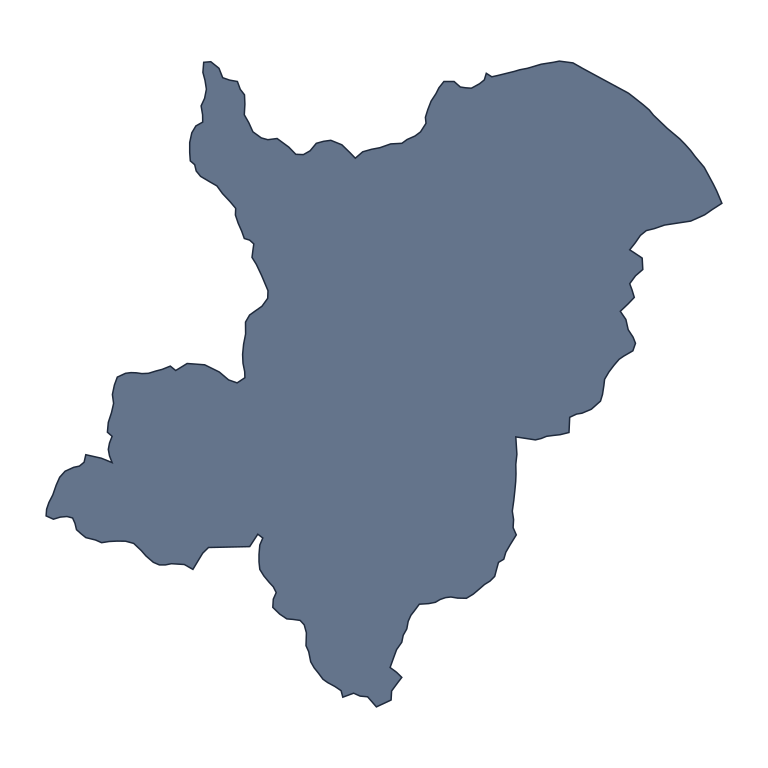 São Manuel, São Paulo, Brazil
{"feature_id": "56859067B98570354886966", "entity_name": "São Manuel", "entity_type": "district", "adm_level": 2, "iso_a3": "BRA", "parent_name": "Brazil", "parent_adm1": "São Paulo", "projection": "mercator", "projection_center": [-48.563, -22.699], "detail": "fine", "context": "isolated", "style": "filled", "palette": "slate", "viewbox_px": 768, "rotation_deg": 0, "n_neighbors": 0, "source": "geoboundaries", "source_scale": "gbopen_adm2", "svg_char_len": 3654}
<svg xmlns="http://www.w3.org/2000/svg" viewBox="0 0 768 768"><path d="M117.3,377.1L114.4,385.0L112.4,394.5L113.6,403.4L111.5,412.6L108.3,422.4L107.4,432.2L112.1,436.3L109.5,443.0L108.3,449.4L109.5,455.9L112.1,462.6L101.3,458.2L85.8,454.7L84.1,462.2L79.4,466.1L73.7,467.3L65.1,471.2L59.7,477.2L56.2,485.1L52.8,494.9L48.9,502.5L46.6,509.2L46.1,515.9L53.4,519.2L60.3,517.1L67.0,516.5L72.6,518.0L75.0,523.4L76.5,529.7L81.1,533.8L85.8,537.6L95.5,540.0L101.6,542.7L109.1,541.5L117.0,541.1L125.5,541.2L133.7,543.4L141.3,550.6L146.0,556.0L153.3,562.3L159.3,564.9L165.5,564.9L171.4,563.7L184.3,564.5L192.9,569.4L199.4,558.6L202.7,553.2L208.5,547.5L249.7,546.6L257.8,534.2L262.8,538.0L259.8,545.0L259.0,554.5L259.0,561.8L259.8,569.4L263.9,576.0L269.2,582.4L273.3,586.8L276.2,592.6L273.3,599.1L272.8,607.4L279.7,614.1L286.8,618.9L292.9,619.4L300.1,620.4L304.2,624.8L306.4,632.8L306.0,645.7L308.7,651.7L310.7,661.8L314.2,667.9L318.3,673.0L323.0,679.3L327.7,682.6L334.9,686.5L341.1,690.7L342.8,697.2L353.6,693.2L360.1,696.1L367.6,696.8L376.4,706.9L391.1,700.0L391.6,691.0L397.8,682.6L401.8,677.4L396.6,672.3L390.1,667.5L393.7,657.5L396.6,649.6L401.8,642.2L403.2,635.3L406.8,628.9L408.2,621.3L410.9,615.3L414.4,610.8L419.3,604.2L428.7,603.6L435.4,602.3L440.1,599.5L445.6,597.6L450.9,597.0L457.6,598.1L466.4,598.3L473.3,594.1L479.8,588.6L484.5,584.5L490.0,581.1L494.7,576.4L496.8,568.5L498.5,562.4L503.8,559.2L505.8,552.3L510.2,544.7L516.3,534.9L513.1,527.6L513.6,519.6L512.3,511.1L513.8,500.4L514.9,490.2L515.7,481.6L516.0,473.9L515.8,464.4L516.9,454.3L516.3,444.9L515.8,436.9L535.4,439.9L541.2,438.5L546.6,436.3L553.7,435.4L560.1,434.7L569.0,432.5L569.7,417.3L576.5,414.1L582.0,413.2L591.4,409.2L600.5,401.1L602.5,394.5L603.9,385.4L604.6,379.3L608.9,372.0L613.9,365.4L619.1,359.3L623.6,356.2L632.9,350.8L635.5,343.3L633.1,337.2L628.2,329.7L625.9,319.5L620.3,311.3L628.1,303.9L634.3,297.4L632.0,289.8L629.7,283.7L635.5,275.8L642.8,269.5L642.2,258.1L636.4,254.2L629.7,249.8L635.2,242.9L640.4,235.4L646.3,230.6L654.4,228.6L664.4,225.1L680.1,222.7L690.7,221.1L704.7,214.8L712.0,209.7L721.9,203.3L716.7,191.0L713.3,184.1L704.2,167.3L695.2,156.6L690.7,150.6L684.9,144.1L679.7,138.8L667.3,128.4L653.4,115.1L649.3,110.0L643.4,104.9L634.3,97.7L628.5,93.2L582.3,68.2L573.0,62.9L559.3,61.1L553.4,62.3L541.2,64.2L527.4,68.3L519.6,69.8L514.3,71.4L497.7,75.5L491.8,76.8L486.3,73.3L484.3,79.9L479.6,83.7L471.4,88.2L465.7,87.8L460.3,87.0L454.1,81.5L443.9,81.5L438.9,87.8L436.0,93.6L431.1,101.1L427.8,109.6L425.4,117.3L426.0,123.3L420.5,131.9L415.0,136.0L407.1,139.5L401.9,143.3L390.7,143.9L379.9,147.7L371.5,149.3L362.7,151.8L355.3,158.2L350.1,152.8L341.9,144.8L330.8,140.3L323.6,141.3L316.3,143.3L310.1,150.8L303.4,154.6L295.8,154.3L288.8,147.1L277.1,138.5L267.8,139.7L261.3,137.9L252.9,131.8L248.8,122.7L244.3,114.8L244.9,104.1L244.5,94.8L240.3,89.4L237.4,81.5L229.6,80.1L222.7,77.7L219.0,68.3L210.8,61.7L203.7,62.3L202.9,72.4L205.0,80.3L206.4,89.2L204.6,98.3L201.1,105.9L202.6,114.8L202.7,122.1L195.9,125.9L191.8,132.8L189.7,142.5L189.7,152.4L190.3,160.9L194.7,164.7L196.2,171.0L200.6,176.4L209.9,181.9L216.9,185.9L222.5,193.6L230.1,201.7L235.7,208.4L235.4,215.0L238.2,223.3L241.7,231.2L244.3,238.5L249.6,240.1L253.8,243.9L252.9,250.4L252.0,257.4L256.4,264.5L261.6,275.5L268.0,290.7L267.7,298.3L262.0,306.2L254.9,311.2L249.6,315.0L245.5,322.1L245.6,334.0L243.6,344.2L242.6,354.4L243.0,363.3L244.7,371.7L244.9,377.7L237.1,382.9L228.6,379.9L219.3,372.0L204.7,364.8L195.6,364.1L187.1,363.5L182.1,366.6L175.7,370.5L170.3,366.1L162.1,369.4L155.9,371.0L148.5,373.3L141.9,373.6L136.3,372.8L131.0,372.6L125.5,373.3L117.3,377.1Z" fill="#64748b" stroke="#1e293b" stroke-width="1.5"/></svg>